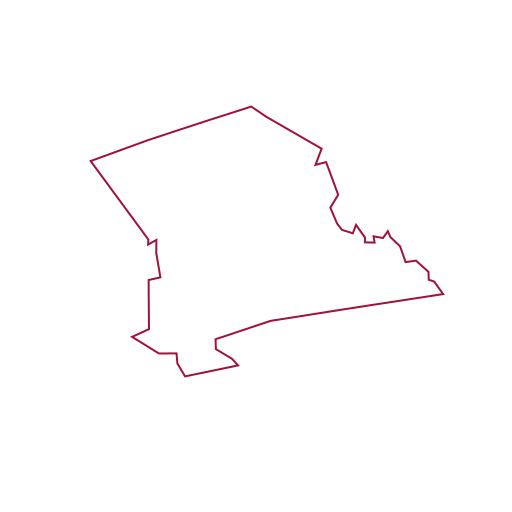 Nicholas, West Virginia, United States of America (Robinson projection), rotated 201°
{"feature_id": "52423323B75568598191549", "entity_name": "Nicholas", "entity_type": "district", "adm_level": 2, "iso_a3": "USA", "parent_name": "United States of America", "parent_adm1": "West Virginia", "projection": "robinson", "projection_center": [-80.892, 38.318], "detail": "fine", "context": "isolated", "style": "outline", "palette": "rose", "viewbox_px": 512, "rotation_deg": 201, "n_neighbors": 0, "source": "geoboundaries", "source_scale": "gbopen_adm2", "svg_char_len": 761}
<svg xmlns="http://www.w3.org/2000/svg" viewBox="0 0 512 512"><g transform="rotate(201 256 256)"><path d="M67.7,287.5L80.5,296.0L86.2,295.7L89.3,303.0L105.0,309.0L114.1,303.9L125.0,316.7L137.3,321.8L141.8,326.4L143.9,318.3L153.3,316.5L150.1,311.0L159.2,307.8L160.9,312.3L173.8,320.9L173.7,311.9L185.2,311.2L192.1,315.5L203.9,327.8L201.2,342.6L224.2,368.8L233.1,362.4L233.2,379.7L296.0,389.6L314.0,393.8L352.6,362.8L373.6,345.7L398.9,325.0L444.4,285.4L362.4,232.8L360.8,228.0L354.8,235.3L350.1,222.9L337.6,201.8L347.6,195.1L342.9,182.9L329.7,149.4L342.7,136.1L311.7,130.2L295.3,136.6L290.9,127.5L279.1,118.2L233.6,147.4L241.5,151.4L260.1,154.7L263.9,163.8L219.4,200.5L157.5,236.2L130.6,251.6L67.7,287.5Z" fill="none" stroke="#9f1239" stroke-width="2"/></g></svg>